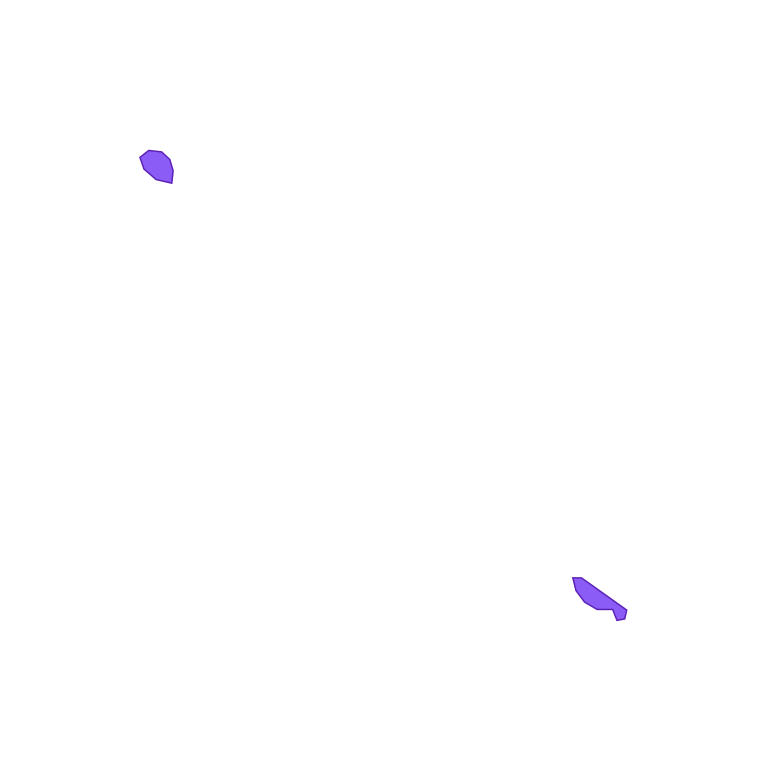 the border of San Andrés y Providencia, rotated 292°
{"feature_id": "COL-1342", "entity_name": "San Andrés y Providencia", "entity_type": "Department", "adm_level": 1, "iso_a3": "COL", "parent_name": "Colombia", "parent_adm1": "", "projection": "orthographic", "projection_center": [-81.079, 13.04], "detail": "fine", "context": "isolated", "style": "filled", "palette": "violet", "viewbox_px": 768, "rotation_deg": 292, "n_neighbors": 0, "source": "natural_earth", "source_scale": "10m", "svg_char_len": 395}
<svg xmlns="http://www.w3.org/2000/svg" viewBox="0 0 768 768"><g transform="rotate(292 384 384)"><path d="M260.6,680.5L254.8,666.0L256.9,651.7L264.3,639.5L275.0,631.7L278.2,639.7L265.3,693.7L256.4,695.2L252.1,688.6L260.6,680.5ZM490.7,112.0L488.2,96.1L493.4,80.9L502.7,72.8L512.4,78.4L515.9,90.9L511.9,101.3L502.7,108.6L490.7,112.0Z" fill="#8b5cf6" stroke="#5b21b6" stroke-width="1.5"/></g></svg>